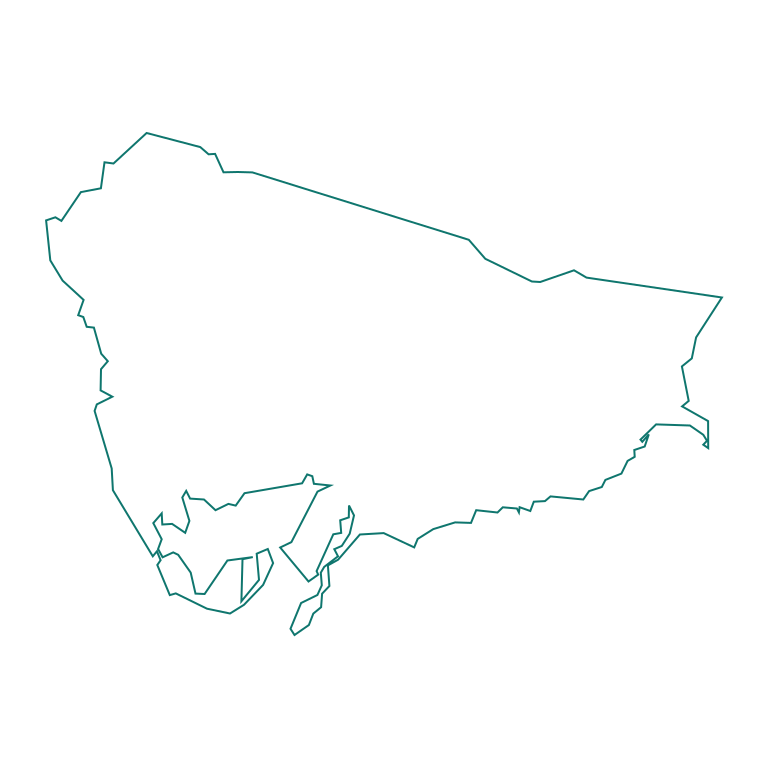 Galway City West Lea-6, Galway, Ireland (Mercator projection)
{"feature_id": "5873133B97398643420992", "entity_name": "Galway City West Lea-6", "entity_type": "district", "adm_level": 2, "iso_a3": "IRL", "parent_name": "Ireland", "parent_adm1": "Galway", "projection": "mercator", "projection_center": [-9.109, 53.266], "detail": "fine", "context": "isolated", "style": "outline", "palette": "teal", "viewbox_px": 768, "rotation_deg": 0, "n_neighbors": 0, "source": "geoboundaries", "source_scale": "gbopen_adm2", "svg_char_len": 1962}
<svg xmlns="http://www.w3.org/2000/svg" viewBox="0 0 768 768"><path d="M169.8,595.1L175.8,593.4L207.0,608.7L230.0,613.5L244.0,604.8L263.1,584.9L273.1,563.1L267.8,549.0L256.7,553.7L259.0,579.9L241.4,601.3L242.5,559.2L252.8,557.1L227.4,560.5L204.6,594.0L195.5,593.6L190.7,572.6L178.2,554.8L173.2,552.4L162.6,557.3L158.1,549.0L161.7,539.2L153.3,523.1L161.7,513.4L162.3,524.5L172.1,523.9L185.2,532.8L189.4,520.9L182.3,497.5L186.2,490.9L190.1,498.6L204.0,499.5L215.5,510.2L228.4,503.9L235.7,505.6L244.5,493.2L302.1,483.3L307.2,474.4L312.3,476.2L313.9,483.8L330.4,485.5L317.5,491.6L291.4,542.1L280.2,547.5L308.5,581.5L318.2,574.6L316.6,571.1L333.3,534.3L341.2,532.9L340.2,520.3L348.8,517.4L349.0,505.5L354.0,515.4L349.7,533.7L341.8,545.9L334.3,549.2L338.0,556.3L324.2,566.9L320.8,572.7L321.8,585.3L317.4,595.0L301.1,603.0L290.5,628.8L294.5,635.0L308.9,625.0L313.3,613.6L321.1,607.2L322.1,593.7L329.4,586.0L327.9,565.4L338.1,559.7L359.9,534.5L383.7,533.1L414.2,547.4L417.7,538.9L433.3,529.1L455.1,522.4L471.0,522.9L476.2,510.2L497.5,512.5L502.8,507.3L516.9,508.5L518.9,512.4L519.6,507.2L530.3,511.0L533.8,501.7L545.0,501.1L550.5,496.4L583.3,499.5L589.1,491.1L601.8,487.0L605.4,479.9L621.4,473.6L627.6,460.9L634.7,456.8L634.3,450.0L644.7,446.5L648.8,434.4L642.3,441.8L640.5,439.6L656.1,424.4L689.9,425.5L703.3,434.8L707.0,440.8L703.3,444.7L708.2,448.1L708.1,421.1L682.1,406.4L688.7,400.9L681.9,366.4L691.8,358.4L696.1,337.4L721.9,297.5L586.5,277.6L574.0,270.3L540.2,282.0L531.9,281.5L485.3,258.8L468.8,239.8L252.4,172.4L237.8,172.0L223.5,172.3L215.1,153.9L208.6,154.3L200.3,147.1L146.6,133.0L113.5,163.5L104.5,162.3L100.9,188.3L80.9,192.1L61.4,220.9L55.4,217.3L46.1,220.4L50.3,260.4L62.6,280.6L83.6,299.9L78.2,315.2L83.3,317.0L86.7,326.8L93.9,327.6L101.2,353.7L107.8,361.2L101.0,369.2L100.6,390.4L112.3,396.7L96.8,404.4L94.6,410.9L111.7,468.5L112.9,490.2L152.8,556.3L156.9,551.3L160.6,560.2L157.3,565.0L169.8,595.1Z" fill="none" stroke="#0f766e" stroke-width="2"/></svg>